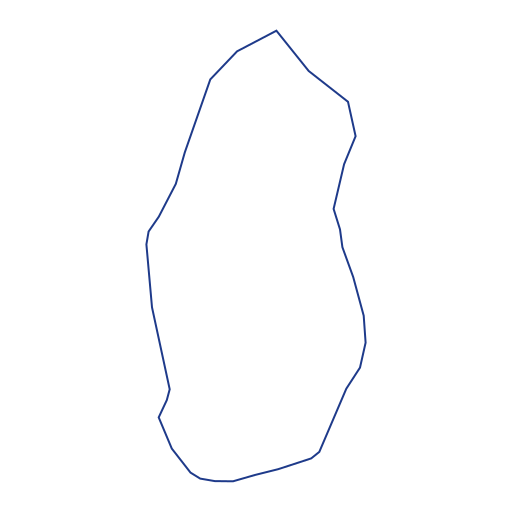 the border of Qatar
{"feature_id": "QAT", "entity_name": "Qatar", "entity_type": "country or territory", "adm_level": 0, "iso_a3": "QAT", "parent_name": "Asia", "parent_adm1": "", "projection": "albers", "projection_center": [51.193, 25.359], "detail": "fine", "context": "isolated", "style": "outline", "palette": "blue", "viewbox_px": 512, "rotation_deg": 0, "n_neighbors": 0, "source": "natural_earth", "source_scale": "50m", "svg_char_len": 531}
<svg xmlns="http://www.w3.org/2000/svg" viewBox="0 0 512 512"><path d="M278.1,469.2L254.9,475.0L233.0,481.3L214.8,481.1L200.2,478.6L190.5,472.6L171.8,448.6L158.7,417.4L166.8,400.1L169.7,389.3L152.0,307.3L146.4,244.4L148.6,231.5L158.8,216.7L175.8,183.9L184.8,152.4L210.3,79.4L237.1,51.3L276.4,30.7L308.7,71.0L348.0,101.8L355.6,136.2L344.1,164.2L333.6,208.9L340.0,229.4L342.4,247.2L353.2,277.0L363.7,315.7L365.6,342.7L360.0,367.6L346.3,388.7L319.3,451.9L311.2,458.4L278.1,469.2Z" fill="none" stroke="#1e3a8a" stroke-width="2"/></svg>